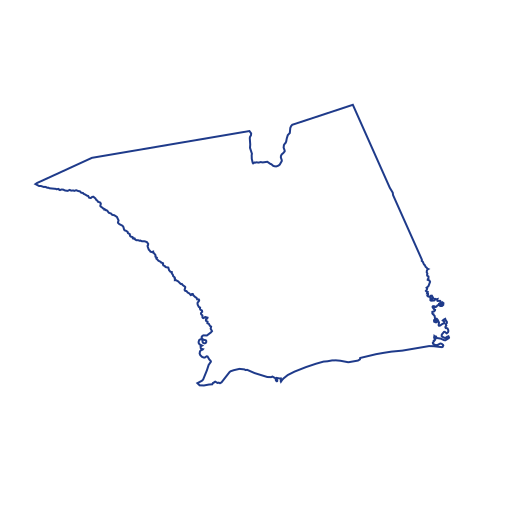 the district of Kowanyama, Queensland, Australia, rotated 241°
{"feature_id": "25037944B1656499074776", "entity_name": "Kowanyama", "entity_type": "district", "adm_level": 2, "iso_a3": "AUS", "parent_name": "Australia", "parent_adm1": "Queensland", "projection": "mercator", "projection_center": [141.794, -15.277], "detail": "fine", "context": "isolated", "style": "outline", "palette": "blue", "viewbox_px": 512, "rotation_deg": 241, "n_neighbors": 0, "source": "geoboundaries", "source_scale": "gbopen_adm2", "svg_char_len": 6122}
<svg xmlns="http://www.w3.org/2000/svg" viewBox="0 0 512 512"><g transform="rotate(241 256 256)"><path d="M368.5,310.8L421.4,160.1L426.0,99.9L425.8,98.0L422.4,100.2L421.5,101.8L419.1,104.0L418.9,104.8L418.2,105.7L417.6,105.9L416.7,106.8L416.6,107.3L415.3,108.3L411.8,113.4L411.0,114.0L410.5,115.7L410.0,116.0L409.2,116.0L408.7,116.5L408.5,118.0L407.6,119.5L405.9,120.7L404.3,122.8L404.1,125.1L402.8,126.0L401.9,128.0L401.1,128.6L400.7,130.6L398.9,132.1L398.0,133.3L396.1,133.8L395.0,135.2L393.9,135.4L392.6,136.4L390.6,137.5L389.9,138.3L387.9,138.3L386.8,139.6L387.1,141.4L386.7,142.5L384.1,143.5L382.8,143.4L381.3,144.1L380.2,144.0L378.2,145.7L376.9,145.6L375.3,144.1L374.7,144.1L372.4,145.2L371.9,145.2L370.9,146.0L370.5,146.2L370.1,145.9L369.6,146.7L369.0,146.7L368.5,147.5L367.6,147.9L365.2,148.2L363.4,149.8L361.7,150.2L360.4,151.8L357.6,153.3L353.7,153.0L352.4,151.6L351.9,151.4L350.2,151.9L347.2,153.9L345.7,154.1L343.3,153.5L342.2,153.5L341.1,154.5L339.4,155.4L338.1,155.1L336.3,156.2L334.8,155.6L333.8,155.8L332.4,157.2L331.1,156.8L330.8,157.0L330.8,157.8L330.1,158.4L329.5,158.1L327.8,159.0L327.0,160.5L325.6,161.8L325.6,162.3L324.2,163.4L322.8,165.8L321.1,167.3L318.9,167.6L317.8,166.8L317.7,166.3L316.8,165.8L313.5,165.3L312.2,165.7L310.9,165.8L310.0,166.7L309.7,168.2L308.6,167.7L307.8,168.2L305.4,168.5L304.2,167.7L302.7,168.4L302.4,167.7L301.7,167.6L301.2,167.9L299.1,168.4L297.1,169.8L296.1,169.9L295.0,171.1L294.5,171.1L293.7,170.5L292.7,170.4L291.4,171.4L290.6,171.4L289.9,171.8L288.4,173.7L285.8,173.1L283.7,173.5L282.7,174.6L281.6,173.9L280.0,174.2L278.6,173.8L276.6,174.5L275.8,174.3L275.5,173.8L274.7,174.0L274.1,173.4L273.6,174.3L271.6,175.6L268.1,176.6L267.5,177.6L266.1,177.8L263.4,179.1L262.7,178.8L261.0,177.1L259.8,177.2L259.0,178.2L257.2,178.5L255.5,179.6L253.4,180.0L253.3,180.8L253.8,181.5L253.5,182.2L253.1,182.4L252.1,182.1L249.4,183.0L248.3,183.7L246.6,183.5L245.8,184.9L244.9,184.9L244.1,184.0L243.6,182.4L242.8,181.8L241.7,181.4L239.2,181.3L238.0,182.1L237.2,181.5L236.1,181.3L234.5,182.3L233.3,181.9L232.9,180.5L232.4,180.0L231.6,179.8L230.0,180.3L228.3,179.4L227.6,179.5L227.1,180.0L227.3,182.0L225.6,183.7L225.0,183.1L225.0,181.6L223.9,180.9L223.4,180.9L222.1,181.8L220.8,180.9L219.3,181.9L217.4,181.8L216.0,182.5L214.4,181.1L211.6,181.1L211.0,179.5L210.3,174.5L212.1,171.5L212.1,170.6L211.8,169.5L211.0,168.9L209.3,168.9L208.0,169.7L206.7,171.2L205.9,171.3L204.9,170.8L204.3,169.7L204.6,168.5L205.5,167.7L206.7,167.6L208.6,168.4L209.7,168.0L210.0,167.4L210.1,166.0L209.9,165.4L208.6,164.1L207.7,163.7L206.1,163.8L203.8,165.4L203.8,163.7L202.2,163.0L201.4,163.1L200.2,164.4L200.0,163.9L200.3,162.4L199.8,160.8L198.0,159.4L196.3,159.2L193.9,159.9L192.4,161.2L192.0,162.0L192.2,164.2L191.6,164.9L188.1,165.0L186.3,165.5L185.4,165.3L183.7,161.8L179.8,157.6L173.6,149.9L173.1,148.3L173.2,143.1L170.2,144.0L168.0,147.7L166.4,152.5L165.0,155.5L165.8,156.8L165.6,157.5L165.9,158.3L165.9,159.4L163.6,160.8L163.3,162.0L162.2,162.8L162.2,164.6L167.3,176.6L167.5,177.9L166.9,181.2L165.3,186.8L162.5,190.8L161.3,191.6L160.7,193.1L154.3,198.0L144.7,207.2L142.7,210.5L142.6,211.9L139.5,213.8L137.6,213.1L136.5,213.3L136.3,213.8L136.5,214.1L139.2,214.6L139.4,214.9L137.3,217.4L136.9,218.4L135.6,218.0L134.7,217.0L134.0,216.9L135.0,218.9L135.6,220.8L136.5,226.1L136.2,233.7L134.6,245.9L132.7,256.2L130.9,263.9L129.3,267.4L127.8,271.9L126.0,275.3L123.5,279.0L118.5,285.0L118.1,285.8L115.1,294.5L115.2,296.8L116.3,297.7L111.9,313.5L109.3,321.0L106.7,328.1L102.3,338.1L93.3,363.7L90.9,367.8L86.2,374.3L86.0,375.1L86.9,376.4L87.5,376.5L89.2,375.8L90.1,374.8L90.2,371.7L90.7,370.4L91.5,369.4L93.5,368.3L94.4,368.6L95.1,370.2L95.7,370.4L95.6,371.4L95.8,371.8L98.4,372.3L99.4,373.1L98.3,373.3L99.0,373.6L98.3,374.4L96.7,374.3L94.2,377.5L91.1,379.8L90.5,380.8L90.7,384.8L91.1,385.3L92.5,385.4L92.7,383.9L92.5,382.0L92.8,381.4L95.2,379.7L96.0,379.6L97.2,380.4L98.5,383.6L98.2,384.3L95.9,385.3L96.2,386.9L96.9,387.7L97.9,388.2L99.7,388.4L100.3,388.0L100.9,387.1L101.6,387.0L102.2,387.3L102.9,388.7L104.3,388.8L104.9,390.5L105.9,391.0L107.9,390.8L109.3,391.0L109.3,389.1L109.0,388.1L107.9,388.7L106.9,388.7L106.1,388.0L106.2,385.4L105.9,383.5L106.2,382.3L107.0,382.2L109.1,383.8L111.2,383.9L111.0,383.4L111.2,382.8L110.6,382.2L110.6,381.7L110.7,381.2L112.1,380.0L113.1,380.3L113.7,380.9L113.6,381.5L112.8,382.0L113.0,383.5L113.4,383.7L114.7,382.3L117.0,383.2L118.3,382.8L119.0,383.0L119.4,382.5L120.3,382.4L121.7,383.2L121.2,384.7L121.6,386.1L122.1,386.5L122.6,386.0L125.4,385.6L126.1,385.9L126.3,386.6L125.4,387.8L124.5,387.6L124.2,389.1L124.8,390.7L124.8,391.4L124.5,392.0L122.9,393.0L122.1,394.4L122.4,396.0L123.9,397.1L125.1,396.6L124.9,395.8L123.5,395.7L123.3,395.2L123.9,394.3L124.1,392.7L124.5,392.5L125.5,392.9L125.6,394.6L126.7,395.4L127.5,395.3L128.7,393.0L129.9,393.2L130.4,393.8L130.7,392.7L131.7,391.9L131.8,391.5L130.9,391.0L130.7,390.3L132.0,387.5L132.7,387.1L134.4,388.0L134.6,388.5L133.3,388.7L133.0,389.3L133.3,390.6L136.0,390.6L136.5,389.7L136.5,389.3L135.8,388.7L136.1,388.0L137.2,386.9L138.2,386.6L138.5,386.7L138.7,387.7L139.5,388.1L139.7,387.9L140.3,388.3L140.6,388.3L140.7,387.9L141.3,388.6L141.6,388.1L143.1,387.7L143.6,389.0L144.6,389.9L144.8,390.1L145.5,389.8L146.1,392.3L149.0,395.7L150.4,395.8L151.9,394.6L152.5,395.1L152.5,395.8L154.2,396.8L154.5,396.9L155.8,396.2L156.6,396.5L157.6,397.4L159.0,397.4L160.4,398.4L161.1,399.6L161.1,400.3L161.9,399.7L163.0,399.6L164.2,399.1L166.4,399.2L167.1,398.8L170.2,399.1L171.3,398.6L172.4,399.3L242.8,405.4L245.1,406.3L250.8,406.1L341.3,414.0L353.2,351.3L352.6,349.7L351.4,348.1L347.2,345.2L346.3,342.4L344.0,340.0L341.5,337.9L340.6,336.8L340.4,335.9L339.5,334.2L337.4,332.7L334.3,332.2L333.6,331.8L332.8,329.7L332.4,327.7L331.4,326.3L330.1,325.5L327.3,325.0L326.5,324.5L324.4,321.0L324.2,319.3L324.5,317.2L325.2,316.1L326.4,314.8L328.9,313.9L329.4,313.3L332.9,311.6L334.6,307.2L335.9,305.6L336.4,303.6L337.8,301.7L338.0,300.6L338.5,300.1L338.4,298.4L339.1,298.3L343.0,299.4L346.3,301.1L347.4,302.0L353.5,303.2L356.3,305.0L362.1,307.7L363.0,308.4L364.1,310.2L365.6,311.2L368.5,310.8Z" fill="none" stroke="#1e3a8a" stroke-width="2"/></g></svg>